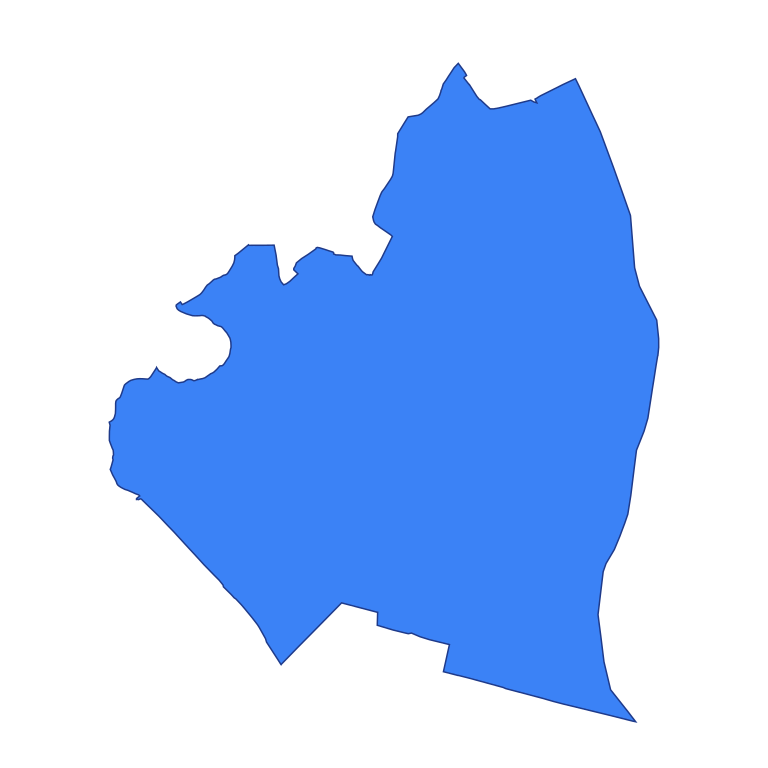 the district of Oltina, Constanta, Romania, rotated 93°
{"feature_id": "2599482B63445954595990", "entity_name": "Oltina", "entity_type": "district", "adm_level": 2, "iso_a3": "ROU", "parent_name": "Romania", "parent_adm1": "Constanta", "projection": "natural_earth1", "projection_center": [27.643, 44.146], "detail": "fine", "context": "isolated", "style": "filled", "palette": "blue", "viewbox_px": 768, "rotation_deg": 93, "n_neighbors": 0, "source": "geoboundaries", "source_scale": "gbopen_adm2", "svg_char_len": 5185}
<svg xmlns="http://www.w3.org/2000/svg" viewBox="0 0 768 768"><g transform="rotate(93 384 384)"><path d="M669.6,472.1L669.4,472.0L651.6,456.4L636.0,442.5L604.8,414.9L612.3,378.8L612.3,378.6L612.3,378.4L625.3,378.1L629.2,362.1L631.4,350.6L632.1,346.7L631.3,343.5L634.5,334.8L637.0,325.0L637.0,324.9L640.8,305.0L644.2,305.6L668.2,309.6L671.2,294.8L671.1,294.6L673.1,284.5L680.8,249.1L681.8,246.5L689.5,209.6L692.3,197.5L692.3,197.4L694.2,188.2L702.4,144.7L707.7,117.7L708.1,115.0L698.5,123.2L677.5,141.7L649.9,149.8L623.9,154.4L621.2,154.9L610.3,156.9L603.1,158.2L567.2,155.8L560.0,155.3L551.7,152.9L537.2,145.3L523.7,140.5L517.0,138.4L510.4,136.3L501.3,133.7L482.4,131.7L455.6,129.8L436.9,128.4L427.2,125.1L417.4,121.8L404.3,118.7L391.4,117.4L387.5,117.0L381.6,116.4L374.5,115.7L364.2,114.6L351.5,113.3L341.7,112.2L341.4,112.0L333.1,111.6L324.3,112.1L305.9,115.0L289.5,124.5L273.0,134.0L254.8,139.8L202.7,146.7L202.8,146.7L181.4,155.5L156.6,165.8L120.8,181.2L112.1,185.8L105.6,189.3L84.2,200.6L75.9,205.0L69.1,208.8L75.6,221.0L83.7,235.2L87.7,242.3L88.2,243.1L89.9,245.6L90.1,245.7L91.6,248.1L95.2,246.1L94.5,249.1L92.9,252.3L100.6,277.7L100.7,278.1L101.6,281.2L101.7,281.7L101.8,282.0L102.4,284.0L102.5,284.5L102.8,285.6L103.1,287.2L103.5,288.8L103.7,292.4L99.4,297.6L95.0,302.8L94.9,303.6L92.0,306.3L80.7,314.3L80.8,314.4L74.2,320.2L73.4,319.9L71.6,317.7L70.5,318.3L67.9,320.0L59.9,326.6L64.4,330.5L69.4,333.4L73.3,335.7L76.9,337.7L79.1,339.1L81.3,340.5L86.6,341.8L87.8,342.4L89.0,342.5L93.0,343.6L96.3,344.9L97.0,345.5L100.4,348.8L107.4,356.2L111.2,359.7L112.5,361.4L113.8,363.9L115.0,369.4L116.0,373.9L122.3,377.4L133.3,383.4L136.5,383.3L150.6,384.6L153.0,384.9L165.4,385.5L173.0,385.9L175.6,386.4L176.6,386.8L179.4,388.2L188.8,393.8L191.8,395.9L192.7,396.4L196.1,397.7L202.1,399.6L210.2,402.1L217.6,404.0L220.9,403.1L221.0,403.1L222.9,402.3L224.8,400.9L225.8,399.2L228.4,395.4L234.7,385.1L236.2,383.4L253.5,390.9L258.2,392.9L262.7,395.3L272.5,400.7L274.5,401.1L275.6,401.5L275.8,402.4L275.5,403.6L276.1,403.9L275.6,405.8L275.8,407.2L272.9,411.5L271.0,413.3L267.7,416.1L267.1,417.0L265.1,418.8L262.2,421.3L260.4,422.0L258.0,422.6L257.8,429.4L257.5,434.7L257.6,438.9L257.2,439.8L256.8,441.1L255.7,441.1L255.0,441.9L254.9,441.9L253.7,446.6L252.9,449.4L251.4,455.3L251.1,457.8L251.7,458.9L252.7,459.2L258.5,466.5L263.1,472.9L267.6,477.8L271.1,478.9L273.2,480.1L274.7,480.1L278.5,475.7L282.1,479.3L286.4,483.4L289.0,486.7L290.2,489.4L287.4,492.1L284.5,493.6L281.4,494.6L274.4,495.4L270.9,496.7L261.0,498.5L251.1,501.0L251.9,513.3L252.3,521.6L252.6,526.2L252.1,526.6L261.2,536.6L263.7,539.7L265.0,539.6L267.8,539.7L270.9,540.3L274.4,541.8L279.5,544.6L282.0,546.1L283.2,547.7L283.9,550.1L285.4,552.2L285.5,552.2L286.0,553.0L287.2,555.7L287.8,557.0L288.3,558.9L289.4,560.3L290.2,561.0L293.0,563.8L293.9,565.0L294.6,565.8L296.8,567.3L299.6,568.9L302.0,570.5L302.8,571.1L304.3,572.5L306.1,575.1L308.5,578.7L312.3,584.5L314.5,588.2L315.2,589.7L312.7,591.6L314.9,594.4L316.0,595.6L317.2,595.7L319.7,594.5L321.0,593.0L322.2,590.8L324.3,585.0L325.8,578.8L325.8,576.4L325.5,572.2L325.1,569.7L325.1,568.2L325.6,566.0L326.2,565.3L327.0,563.5L328.0,561.9L330.1,559.2L332.1,557.8L333.1,556.5L333.7,554.8L334.5,553.1L334.9,551.1L335.3,549.4L336.7,547.8L339.6,545.2L341.1,543.7L343.0,542.4L346.2,540.3L347.6,539.8L350.4,539.1L353.6,538.8L355.6,538.7L357.3,539.1L361.6,539.5L364.7,540.2L366.6,541.3L369.0,542.8L371.8,544.4L373.2,545.4L374.2,546.6L374.4,547.9L374.6,549.0L375.7,549.8L378.0,551.6L381.0,554.5L382.0,555.9L382.8,557.6L384.0,559.1L387.2,563.2L388.1,565.5L388.6,567.6L389.5,570.8L389.4,570.8L390.3,572.5L390.6,573.4L390.6,574.5L389.8,576.2L389.6,577.8L389.8,580.2L390.7,581.8L391.4,582.6L392.5,584.3L393.6,589.4L392.8,591.6L391.4,593.9L391.4,594.0L390.7,595.5L390.2,596.1L388.8,598.0L387.7,600.9L386.8,602.3L385.9,603.3L384.9,605.7L383.5,608.1L382.9,609.2L382.7,609.6L381.1,610.8L380.4,611.3L379.4,612.0L379.8,612.1L380.1,612.2L380.2,612.3L386.1,615.7L389.0,617.4L390.9,619.1L391.5,620.2L391.4,625.7L391.5,628.4L391.8,631.0L392.5,633.9L393.6,637.0L394.9,639.0L397.3,641.9L398.6,643.1L399.8,643.5L406.5,645.3L409.0,646.1L410.7,646.7L411.5,647.2L412.8,649.0L414.2,650.3L415.2,650.8L417.3,651.0L421.1,650.8L423.9,650.7L426.2,650.7L427.6,650.7L430.9,651.4L432.6,652.0L433.8,652.8L435.2,654.3L435.1,654.2L436.5,656.4L439.5,655.4L445.4,655.7L451.0,655.5L454.8,655.3L457.7,654.1L462.4,652.0L464.2,651.0L466.1,650.7L469.1,650.4L470.0,650.9L471.6,651.1L472.3,651.1L473.9,650.6L478.6,651.6L481.6,652.3L483.6,652.9L489.0,650.2L494.2,647.0L495.7,646.2L497.5,645.5L498.7,644.7L499.8,643.3L501.1,641.1L502.8,637.3L503.6,634.2L505.4,629.3L506.6,626.4L507.5,623.3L508.3,622.3L508.6,622.1L510.2,623.9L511.0,624.8L511.7,625.2L512.3,625.1L512.1,624.0L512.3,623.5L512.3,623.0L511.9,622.3L511.4,621.2L511.8,620.1L513.9,617.8L527.7,602.0L537.3,591.9L542.6,586.2L554.2,574.4L566.1,562.2L574.1,554.1L583.9,543.5L588.4,538.5L591.7,535.5L593.2,534.2L595.0,533.7L602.1,525.7L605.4,522.4L606.3,520.8L611.8,515.0L615.3,511.7L623.8,503.9L631.0,497.7L633.7,495.8L635.6,494.6L637.5,493.4L644.5,489.0L647.9,487.8L665.7,474.9L668.8,472.7L669.5,472.2L669.6,472.1Z" fill="#3b82f6" stroke="#1e3a8a" stroke-width="1.5"/></g></svg>